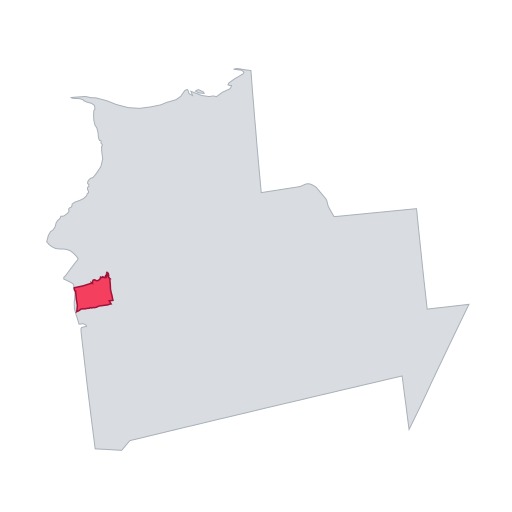 Tintane, Hodh el Gharbi, Mauritania (highlighted), rotated 84°
{"feature_id": "47542326B49589683558539", "entity_name": "Tintane", "entity_type": "district", "adm_level": 2, "iso_a3": "MRT", "parent_name": "Mauritania", "parent_adm1": "Hodh el Gharbi", "projection": "albers", "projection_center": [-10.457, 15.991], "detail": "fine", "context": "in_parent", "style": "filled", "palette": "rose", "viewbox_px": 512, "rotation_deg": 84, "n_neighbors": 0, "source": "geoboundaries", "source_scale": "gbopen_adm2", "svg_char_len": 5177}
<svg xmlns="http://www.w3.org/2000/svg" viewBox="0 0 512 512"><g transform="rotate(84 256 256)"><path d="M214.5,460.6L213.8,460.3L210.4,457.9L208.8,455.0L206.1,452.8L202.4,451.4L200.0,449.7L198.9,447.9L197.5,446.6L196.1,446.0L196.0,445.3L196.3,444.4L196.0,442.7L193.9,439.0L191.9,437.2L190.1,437.5L189.1,437.0L188.6,436.2L188.3,435.0L187.2,433.9L185.1,433.4L183.5,430.6L182.3,425.5L180.8,421.5L178.8,418.7L177.4,417.6L176.4,417.4L176.0,416.9L175.8,416.1L174.2,415.8L172.1,416.6L170.1,416.3L169.2,414.9L167.8,414.8L166.1,415.9L164.3,415.5L162.3,413.7L161.2,411.8L161.0,410.0L157.5,406.4L150.8,400.9L143.4,398.3L135.4,398.5L130.9,398.1L129.9,397.2L128.9,397.3L127.9,398.2L126.8,398.4L125.7,397.9L125.0,398.3L124.7,399.6L121.9,400.3L116.5,400.2L112.1,400.9L108.8,402.5L104.0,403.1L98.0,402.7L94.3,402.0L93.1,400.9L91.4,400.7L89.1,401.1L87.0,403.7L85.1,408.5L83.6,411.1L82.4,411.8L81.0,415.3L80.2,421.2L79.0,423.8L79.5,409.0L81.3,403.5L82.0,398.6L86.1,387.9L90.7,379.2L95.1,367.6L97.0,356.3L96.7,345.2L95.8,335.3L93.9,328.7L92.2,319.2L89.4,314.2L84.2,309.7L83.1,307.1L84.4,306.2L87.6,305.6L89.8,302.3L85.4,303.5L90.7,293.2L92.5,286.2L92.4,281.6L93.4,278.7L89.7,272.4L87.0,264.5L85.5,263.2L83.9,262.5L83.7,264.4L82.8,266.0L81.0,264.9L77.8,259.2L73.5,249.8L71.9,248.8L70.6,250.0L69.7,251.2L67.9,258.8L67.5,255.8L68.3,252.2L69.6,247.8L71.0,241.7L75.0,241.8L82.1,242.0L96.3,242.4L103.5,242.5L117.7,242.9L124.8,243.0L139.0,243.3L146.1,243.5L160.4,243.7L167.5,243.8L181.7,244.0L188.8,244.1L193.5,244.2L193.3,239.8L193.1,236.3L192.9,231.6L192.7,227.0L192.4,222.3L192.2,217.9L192.0,213.6L191.8,209.5L191.6,205.8L191.2,203.7L189.8,199.4L189.5,197.3L189.9,195.1L190.9,193.0L193.7,189.2L197.9,186.3L202.8,183.0L206.5,180.5L208.4,179.8L214.1,179.0L218.6,177.1L223.0,175.2L224.9,174.2L225.1,170.6L225.7,91.4L247.2,91.5L252.8,91.5L292.3,91.5L298.0,91.5L326.7,91.3L326.7,87.6L326.6,82.3L326.6,74.9L326.5,67.6L326.4,54.7L326.3,49.3L332.0,52.8L343.4,59.9L349.1,63.4L360.6,70.5L372.0,77.5L383.5,84.5L389.3,88.1L395.1,91.6L400.8,95.1L406.6,98.5L418.2,105.5L423.0,108.4L430.5,113.1L437.5,117.5L444.5,121.9L433.8,122.2L419.6,122.5L409.9,122.8L399.9,123.0L390.6,123.2L391.5,130.6L392.5,138.7L393.6,146.9L394.6,155.0L395.6,163.2L398.7,187.6L399.8,195.8L400.8,204.0L401.8,212.2L402.9,220.3L405.0,236.7L406.0,244.9L407.1,253.1L408.1,261.3L409.2,269.5L410.3,277.7L412.4,294.1L413.5,302.3L414.5,310.5L415.6,318.7L416.7,326.9L417.8,335.2L418.8,343.4L419.9,351.6L422.1,368.0L423.2,376.3L424.3,384.5L425.4,392.7L426.4,400.7L430.3,404.8L435.2,409.9L434.0,417.4L432.5,426.4L431.0,436.1L417.7,436.4L404.7,436.7L372.1,437.3L365.6,437.4L333.0,437.7L326.4,437.8L313.9,437.9L310.1,437.7L308.8,436.9L308.3,431.9L307.2,432.2L305.9,433.7L305.2,435.3L305.4,437.4L305.2,439.2L301.0,439.9L295.4,441.1L289.4,442.1L283.4,441.7L281.4,441.3L279.2,440.7L274.4,440.0L271.8,439.9L268.8,440.1L265.3,440.5L264.1,441.4L261.5,445.1L258.9,449.5L257.2,449.4L255.3,447.1L250.2,442.5L243.9,436.6L241.1,433.7L239.5,433.3L236.5,435.4L234.0,437.4L231.3,440.2L230.0,443.0L229.0,446.2L228.6,450.0L227.6,454.5L225.4,458.1L222.8,460.8L220.8,462.0L220.1,462.7L214.5,460.6ZM87.8,295.8L85.7,299.0L84.9,297.7L84.6,295.6L86.5,292.6L87.4,291.1L88.9,290.6L87.8,295.8Z" fill="#d9dde1" stroke="#a8b0b8" stroke-width="1"/><path d="M285.2,403.0L285.2,402.9L284.3,403.0L279.2,403.5L277.9,403.8L275.7,404.0L274.1,404.2L269.5,403.9L263.3,403.8L263.3,403.6L262.1,404.7L261.8,404.5L261.2,404.9L260.9,405.0L260.6,404.8L260.0,404.5L259.7,404.6L259.2,404.9L258.7,404.6L258.2,404.7L257.7,404.8L257.3,405.4L256.9,405.8L256.6,405.9L256.2,406.3L257.2,406.0L257.7,405.5L257.9,405.4L258.5,405.2L258.5,405.7L258.8,405.4L259.7,405.5L259.8,406.0L259.9,406.4L260.2,406.4L260.4,407.0L260.0,407.1L259.2,407.0L259.8,407.5L260.2,407.8L260.5,407.2L260.8,407.0L261.0,407.0L261.5,407.2L261.7,407.5L260.9,407.9L260.7,408.0L261.5,407.8L261.7,408.2L261.6,408.9L261.4,409.1L261.3,409.7L261.3,410.0L261.2,410.3L260.9,410.5L260.5,410.4L260.4,410.4L260.1,410.4L260.7,410.7L260.2,411.2L260.6,411.0L260.9,411.0L261.3,411.9L261.1,411.9L260.7,412.8L261.7,413.1L261.8,413.2L262.6,413.6L262.8,414.0L263.2,414.5L263.8,415.3L263.9,416.0L263.9,416.3L264.0,416.8L263.8,417.3L263.5,418.0L263.0,418.5L262.9,418.7L262.8,419.1L263.0,419.3L263.1,419.5L262.8,420.1L263.0,420.5L263.3,420.7L264.5,421.3L266.1,421.4L265.7,421.9L265.4,422.4L265.7,422.3L265.7,422.7L266.0,422.9L266.7,426.8L267.0,427.9L267.7,431.7L268.4,438.5L268.6,440.2L269.8,440.3L270.7,440.1L271.5,439.8L271.9,439.1L280.1,439.2L286.4,438.8L292.4,440.0L292.6,440.1L291.7,437.4L291.3,436.8L290.7,436.0L290.6,435.6L290.4,434.9L290.4,434.7L290.4,434.4L290.4,434.2L290.5,434.0L290.4,433.8L290.6,433.5L290.6,433.3L290.6,433.0L290.5,432.5L290.5,432.3L290.6,432.0L290.7,431.6L290.7,431.2L290.4,428.8L290.6,427.5L290.4,427.0L290.0,426.3L290.0,426.1L290.5,425.3L290.3,424.6L290.2,424.5L290.2,424.4L290.3,424.1L290.4,423.9L290.3,423.6L290.3,423.4L290.2,423.1L290.4,422.8L290.5,422.0L290.4,421.3L290.3,420.3L290.2,419.7L289.6,418.3L289.4,417.3L289.2,416.4L289.3,415.6L289.3,414.2L289.2,412.5L289.2,410.7L289.1,408.6L288.7,406.8L288.5,405.9L288.5,405.1L285.2,406.7L285.2,403.0L285.2,403.0Z" fill="#f43f5e" stroke="#9f1239" stroke-width="1.5"/></g></svg>